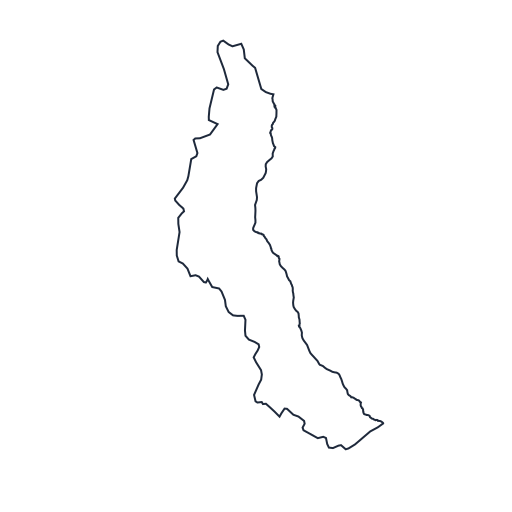 the district of Colonia Lavalleja, Salto, Uruguay, rotated 69°
{"feature_id": "84410073B14700525843011", "entity_name": "Colonia Lavalleja", "entity_type": "district", "adm_level": 2, "iso_a3": "URY", "parent_name": "Uruguay", "parent_adm1": "Salto", "projection": "albers", "projection_center": [-56.948, -31.083], "detail": "fine", "context": "isolated", "style": "outline", "palette": "slate", "viewbox_px": 512, "rotation_deg": 69, "n_neighbors": 0, "source": "geoboundaries", "source_scale": "gbopen_adm2", "svg_char_len": 5440}
<svg xmlns="http://www.w3.org/2000/svg" viewBox="0 0 512 512"><g transform="rotate(69 256 256)"><path d="M157.2,290.5L160.6,293.0L166.1,299.6L173.3,311.2L175.3,311.5L180.8,309.4L185.7,306.8L188.5,307.2L189.6,310.0L192.5,314.9L198.2,317.0L206.3,318.8L222.0,327.9L227.2,329.8L233.3,330.2L236.8,327.0L243.2,324.5L251.4,324.4L252.3,319.3L254.8,316.6L261.7,314.0L262.8,312.3L261.3,310.3L260.2,309.3L262.0,309.1L269.3,308.0L273.1,302.1L276.8,300.9L285.9,300.7L292.1,302.2L298.5,301.6L303.2,298.7L305.2,294.9L307.4,288.9L311.8,288.7L321.6,293.0L326.7,294.4L331.5,292.6L335.7,288.1L339.4,285.2L342.1,285.6L344.8,288.3L347.3,291.7L349.8,294.5L355.2,294.0L364.4,292.2L368.7,293.0L373.3,295.5L376.8,299.5L385.0,307.6L391.5,308.5L393.3,307.2L394.4,303.0L396.7,302.6L397.5,299.7L402.7,297.0L407.8,294.5L414.4,291.6L411.9,288.6L408.7,284.0L409.8,281.8L417.6,278.0L421.1,273.9L427.2,270.2L430.0,270.7L432.9,274.0L435.7,274.1L448.2,263.6L448.9,258.0L451.0,255.9L457.0,256.9L461.0,256.6L462.9,253.0L462.6,246.9L463.1,244.4L468.6,241.5L468.8,238.6L467.4,231.1L460.7,212.2L459.6,203.7L457.9,197.3L457.5,197.2L457.0,197.4L456.5,197.7L455.5,198.3L454.5,199.3L454.0,200.4L453.5,201.3L452.8,201.3L452.4,201.8L452.3,202.1L452.2,202.4L452.2,203.0L452.1,203.3L451.8,203.4L451.5,203.8L450.7,204.7L450.3,204.8L449.9,205.1L449.5,205.9L449.3,206.1L449.0,206.3L448.2,206.7L447.7,207.1L447.3,207.3L446.8,207.3L446.4,207.2L446.2,207.2L445.9,207.3L445.5,207.6L445.0,208.0L444.4,208.9L444.1,209.7L443.5,210.2L443.2,210.7L442.6,211.4L442.3,211.7L441.9,211.7L441.3,211.8L440.7,211.9L440.1,211.6L439.7,211.5L439.1,211.6L438.1,211.1L436.5,211.1L436.0,211.6L435.7,211.6L434.8,211.6L434.1,211.9L432.9,211.8L431.8,211.4L431.0,211.0L430.4,210.5L429.8,210.8L429.4,211.3L428.2,211.5L427.5,211.9L426.9,212.8L426.3,213.8L425.2,214.2L424.6,214.9L423.4,215.6L422.4,216.7L422.1,217.7L421.1,217.9L420.3,218.3L419.2,219.2L417.8,219.7L416.8,219.6L415.1,219.3L413.9,219.0L413.5,219.2L412.3,219.5L410.3,220.4L408.2,220.7L406.2,220.8L403.9,220.6L401.3,220.5L399.1,220.7L397.6,220.7L396.6,220.8L395.9,221.0L395.3,221.3L393.8,222.5L392.8,224.3L391.5,226.2L389.6,227.8L388.3,229.1L386.9,230.5L384.9,231.8L382.8,232.9L381.4,234.3L380.6,235.3L379.6,235.7L377.5,236.0L376.0,236.2L373.2,237.3L370.6,238.3L368.4,239.2L366.2,240.0L363.5,240.2L362.0,240.2L359.4,240.2L357.4,240.2L354.5,241.0L352.1,241.7L349.6,242.1L348.3,242.0L346.4,241.7L344.0,240.6L341.8,240.4L339.3,240.5L337.3,240.8L337.2,241.1L336.7,241.0L336.8,240.8L336.7,240.5L336.3,240.2L335.5,240.0L334.7,239.3L333.2,238.9L331.0,238.2L328.6,238.0L327.1,237.5L324.9,236.9L323.3,237.1L321.3,238.2L319.0,238.8L317.0,239.1L315.2,238.8L312.8,238.1L310.8,237.1L308.3,235.6L307.3,235.4L305.6,235.0L304.2,234.6L303.7,234.6L303.0,234.5L301.4,234.1L300.7,233.8L300.3,233.6L299.8,233.4L299.3,233.3L298.7,233.1L298.2,233.0L296.9,233.1L296.2,232.9L295.2,233.1L293.2,233.1L291.9,233.0L291.4,233.3L290.3,233.8L289.1,233.9L288.2,234.0L286.1,234.3L284.2,234.0L281.8,233.8L281.3,233.8L280.2,233.8L278.6,234.4L276.7,235.4L274.4,236.4L272.3,236.8L270.7,236.5L269.3,236.3L268.2,235.7L267.1,235.1L266.2,235.4L265.3,235.2L264.5,235.0L264.1,235.1L263.9,235.3L263.8,235.6L264.0,235.8L263.9,236.0L263.7,236.2L263.4,236.2L263.0,236.2L262.3,236.8L260.8,237.8L259.4,238.8L258.8,239.0L258.1,239.2L256.0,239.4L254.6,239.1L254.1,239.3L253.5,239.1L250.7,239.0L248.3,239.5L246.9,240.0L245.6,240.3L244.4,240.2L243.3,240.6L242.1,241.0L241.9,241.0L241.6,241.0L241.3,241.0L240.5,241.4L240.0,241.5L239.6,241.4L239.3,241.3L239.1,241.4L238.3,241.9L238.2,242.4L237.9,242.7L237.6,242.9L237.3,242.8L237.0,243.0L236.8,243.4L236.7,243.8L236.3,244.5L235.9,244.7L235.7,245.3L235.6,245.6L235.3,245.8L235.1,245.9L234.9,245.7L234.6,245.8L234.3,246.2L234.2,246.7L233.8,247.1L233.6,247.4L233.3,247.8L232.9,248.1L232.4,248.5L231.9,248.8L231.2,249.0L230.6,249.3L229.0,248.7L227.7,247.5L226.3,246.1L224.7,244.6L222.4,243.7L219.5,242.9L216.8,241.7L213.6,240.3L211.0,239.4L208.0,238.6L206.0,236.9L204.0,235.2L201.5,234.0L198.8,233.4L195.6,232.7L192.7,231.6L190.6,230.3L188.4,228.9L186.9,226.6L186.7,223.9L185.6,221.2L183.8,219.2L182.1,217.3L180.5,216.3L178.7,215.4L175.9,214.9L173.8,214.0L172.3,212.0L171.2,209.0L170.4,206.5L169.1,204.7L166.3,203.7L164.4,202.1L163.3,200.9L162.4,200.2L162.3,199.8L162.1,199.5L161.3,199.0L159.8,199.8L158.0,199.7L156.9,199.8L153.8,199.3L151.7,198.7L150.6,198.6L149.6,198.7L148.2,198.7L147.5,198.5L146.8,198.3L146.6,198.3L146.4,198.6L146.2,198.7L145.9,198.5L145.4,198.0L144.4,197.2L143.9,196.7L143.9,196.3L143.6,195.5L143.0,195.1L142.2,194.9L141.5,195.1L140.2,194.7L139.3,194.0L138.9,193.1L137.8,192.3L137.1,190.9L136.4,189.9L135.2,189.0L135.0,188.8L133.2,187.1L130.2,185.8L127.2,184.6L126.5,184.5L125.9,184.6L124.8,184.6L124.5,185.0L124.4,185.0L124.2,185.0L123.9,184.9L123.7,184.6L123.4,184.6L123.3,185.0L123.2,185.1L122.9,184.7L122.8,184.2L122.6,184.1L122.1,184.4L122.0,184.7L121.8,184.8L121.4,184.5L121.1,184.5L120.8,184.5L120.4,184.7L119.1,184.8L117.8,185.0L117.4,184.9L116.7,184.7L116.0,184.5L115.4,184.3L114.9,184.3L114.5,184.2L111.3,181.8L109.7,184.4L106.5,188.1L102.0,191.2L80.0,189.4L77.2,191.0L67.4,195.6L58.8,193.4L52.6,193.7L51.8,202.8L48.7,205.8L43.2,209.4L43.2,212.4L46.2,216.4L51.9,218.9L70.1,219.0L85.8,220.4L89.3,223.5L89.2,226.9L84.6,232.3L85.5,235.5L101.5,246.5L109.1,250.2L112.2,251.3L119.1,244.6L126.1,255.4L126.0,266.1L124.5,270.6L125.3,272.7L138.9,273.8L141.5,276.0L142.3,281.7L157.2,290.5Z" fill="none" stroke="#1e293b" stroke-width="2"/></g></svg>